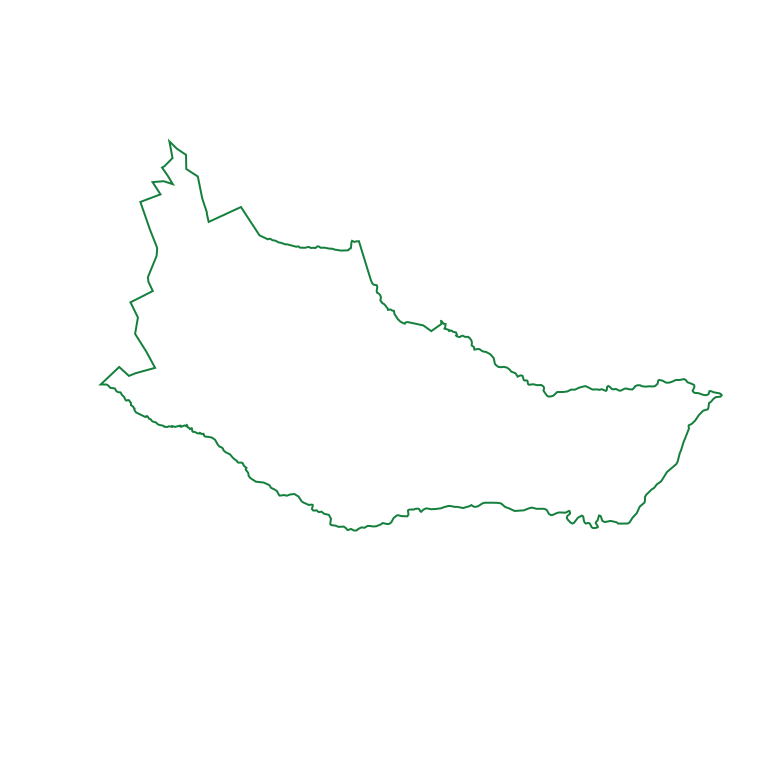 outline of Mangwe, Matabeleland South, Zimbabwe, rotated 298°
{"feature_id": "62879985B72758591248620", "entity_name": "Mangwe", "entity_type": "district", "adm_level": 2, "iso_a3": "ZWE", "parent_name": "Zimbabwe", "parent_adm1": "Matabeleland South", "projection": "natural_earth1", "projection_center": [28.025, -21.012], "detail": "fine", "context": "isolated", "style": "outline", "palette": "green", "viewbox_px": 768, "rotation_deg": 298, "n_neighbors": 0, "source": "geoboundaries", "source_scale": "gbopen_adm2", "svg_char_len": 6156}
<svg xmlns="http://www.w3.org/2000/svg" viewBox="0 0 768 768"><g transform="rotate(298 384 384)"><path d="M337.1,121.8L327.2,135.5L311.4,140.7L301.2,158.6L290.8,174.3L276.8,159.5L271.4,155.0L274.7,142.2L250.6,134.1L253.3,139.3L253.1,141.8L252.1,144.0L253.7,148.5L252.3,150.6L251.9,151.9L252.1,153.5L252.9,155.3L251.3,157.9L250.6,160.5L248.4,163.6L248.4,164.3L249.7,165.7L249.9,166.8L249.1,167.9L248.7,169.3L246.6,170.4L246.2,173.3L245.2,174.6L245.2,175.3L244.0,175.7L242.5,178.4L242.8,188.4L243.1,189.3L244.1,189.3L244.4,190.5L243.1,192.8L243.3,194.6L242.4,196.4L242.4,198.2L243.0,200.6L242.4,202.5L242.3,204.4L243.5,208.8L243.4,209.8L243.1,210.1L244.3,212.8L245.8,214.1L246.6,216.9L247.4,216.7L248.0,219.6L251.7,223.7L251.7,224.0L250.9,224.2L251.1,225.1L253.8,227.4L253.9,228.7L255.2,229.1L255.0,229.7L253.6,230.8L253.7,232.4L253.1,233.9L254.5,234.7L254.6,235.2L252.4,236.9L252.1,237.9L252.8,239.3L252.9,242.7L253.5,244.0L254.3,244.1L254.5,244.9L254.1,246.4L255.2,247.7L255.0,248.6L254.0,249.2L253.6,250.7L255.0,254.2L255.8,256.8L255.8,258.1L255.4,261.1L252.5,265.6L251.5,268.2L251.8,270.0L251.4,272.1L250.1,273.4L249.4,276.2L249.6,280.9L247.7,285.8L247.0,290.3L246.2,291.4L246.2,292.2L247.8,295.4L247.7,296.5L246.1,298.6L245.3,302.0L244.1,301.8L243.4,302.2L241.8,305.8L239.3,307.7L238.2,310.1L237.6,316.7L240.5,324.0L240.9,330.3L239.3,333.0L239.5,336.8L239.2,339.7L236.6,343.6L236.5,344.4L239.0,347.8L239.7,350.6L242.4,353.0L244.8,356.5L244.5,361.4L241.8,366.2L241.5,368.2L241.9,374.4L243.3,376.3L243.8,377.7L242.9,378.4L239.9,378.9L239.1,380.6L239.3,381.6L240.9,383.9L240.4,385.1L240.3,386.6L241.9,388.8L241.3,392.3L242.6,396.7L240.2,400.4L235.2,402.2L234.7,403.1L235.0,404.7L236.2,407.8L236.5,410.9L239.2,415.4L238.8,418.4L238.0,419.9L238.1,420.8L240.5,422.8L240.6,426.4L241.4,427.9L242.4,428.9L243.3,429.0L246.4,431.0L247.2,432.3L247.9,434.3L250.8,436.0L252.1,438.4L252.9,440.9L254.7,443.9L258.5,447.1L260.6,448.1L261.9,452.7L262.9,454.2L265.3,455.4L270.2,455.4L274.0,457.1L274.8,458.1L275.5,461.3L278.1,466.7L280.2,466.9L283.6,464.5L285.0,465.3L287.2,469.3L288.6,470.4L289.9,472.5L290.0,473.9L288.6,475.9L288.7,476.9L291.2,477.6L293.6,479.2L294.4,480.6L295.5,484.3L298.1,488.6L301.2,492.9L303.6,494.9L306.6,498.2L307.6,500.3L308.6,503.9L309.9,506.3L311.6,512.0L316.2,516.8L318.1,518.0L317.8,520.8L318.7,522.8L320.4,524.5L325.1,527.2L326.6,528.9L332.2,539.6L333.5,543.3L332.3,548.9L332.9,552.7L333.2,558.9L338.1,566.8L342.4,570.4L344.3,572.6L345.5,577.4L349.0,584.0L349.2,586.4L348.7,587.6L346.7,590.6L346.6,593.0L347.9,594.7L351.5,597.4L352.9,599.1L355.6,604.7L358.9,607.0L358.9,607.4L357.8,608.6L357.0,609.1L353.3,607.8L351.5,608.3L350.4,610.2L349.2,613.9L349.3,616.0L350.6,616.9L357.0,618.0L360.7,620.5L360.5,622.1L357.3,624.6L355.9,626.1L355.6,627.8L357.2,629.6L357.5,631.0L355.1,634.6L354.9,635.7L355.2,636.8L356.8,639.1L358.1,640.0L358.6,639.7L360.6,636.2L362.0,636.1L363.9,636.6L368.8,635.6L369.1,636.9L368.7,637.9L365.8,640.8L365.6,642.4L365.9,644.0L369.5,648.3L371.1,654.3L370.7,656.4L375.3,664.8L377.1,665.8L382.4,666.2L388.6,667.8L395.9,667.4L401.4,669.6L403.2,669.3L406.8,667.5L409.1,667.5L416.7,669.9L419.1,671.3L423.5,672.0L428.1,674.4L439.2,675.2L450.5,679.7L453.3,679.7L461.9,677.6L464.9,677.4L472.5,675.9L487.8,674.2L489.3,673.0L490.6,672.5L493.2,674.4L497.7,675.9L504.4,676.6L510.2,678.3L513.7,681.8L515.1,681.7L519.7,679.9L522.0,681.1L525.4,681.8L528.1,683.1L530.9,687.1L532.7,687.4L533.2,686.4L533.3,684.7L531.5,679.1L531.1,675.6L530.4,674.7L527.3,675.3L525.4,673.8L524.4,671.4L523.5,665.8L522.0,662.5L522.1,661.2L522.9,659.7L527.1,659.5L528.6,658.4L528.7,656.3L528.0,651.0L529.2,648.8L529.2,646.6L526.3,643.1L524.6,639.9L520.5,636.6L518.7,634.6L517.6,632.3L517.7,628.2L516.8,625.2L515.9,624.5L512.7,625.4L509.5,624.4L507.9,622.4L506.6,619.4L504.3,615.9L503.1,612.7L503.1,610.7L501.9,608.4L500.0,606.8L497.5,606.5L495.7,605.8L494.5,603.1L493.8,600.2L492.8,598.6L489.1,596.0L488.6,594.7L488.5,591.0L487.2,589.5L486.5,587.7L487.5,584.7L487.5,582.9L486.0,582.4L483.4,583.5L482.1,583.2L481.6,578.6L479.9,576.8L479.2,574.5L477.0,570.7L476.8,563.5L476.5,562.5L472.7,558.3L468.5,555.1L466.9,551.8L463.6,549.5L461.4,546.5L458.2,540.7L453.1,539.0L450.9,536.6L450.1,534.9L450.3,533.2L452.9,528.0L455.3,527.4L456.5,526.2L456.9,524.6L456.8,523.0L455.0,520.1L453.9,516.0L451.4,512.4L451.6,511.2L454.1,509.2L454.2,508.5L453.1,506.5L453.2,505.5L456.2,502.5L456.0,501.3L455.5,500.3L453.2,498.5L455.0,495.6L455.2,494.7L454.7,490.4L455.8,487.9L456.2,484.7L455.4,481.8L453.7,479.3L452.8,477.0L453.4,473.4L454.1,472.3L458.5,468.5L460.2,463.9L460.2,459.1L459.1,455.6L459.6,452.0L459.0,450.5L456.8,447.6L458.8,446.1L459.2,443.3L462.0,442.1L463.6,440.5L465.0,437.7L464.8,437.1L465.1,436.2L463.6,433.3L463.6,430.9L462.9,429.9L460.9,428.8L460.3,426.0L460.6,424.9L461.7,425.2L463.3,423.5L462.5,420.1L462.9,418.6L462.2,417.7L462.3,416.7L461.4,416.5L462.1,415.0L461.3,411.4L463.2,411.3L465.9,410.1L465.2,408.2L466.5,405.3L466.4,404.9L463.9,406.5L452.9,400.9L454.2,391.2L449.8,375.8L448.9,374.6L448.0,374.0L447.1,374.1L446.9,373.6L446.7,370.4L447.0,368.2L448.0,365.3L450.7,360.4L453.2,358.5L452.7,356.8L452.9,354.9L451.3,352.6L452.5,351.7L453.2,349.6L453.8,348.8L454.6,346.5L454.6,344.5L455.5,343.2L455.5,342.4L456.4,341.4L459.0,340.7L460.7,338.9L461.4,336.9L461.4,335.0L462.6,333.9L466.6,332.5L467.8,331.1L466.8,328.2L467.4,326.4L469.4,323.8L498.3,294.8L496.8,292.4L495.5,291.1L495.4,288.6L493.6,288.8L488.8,290.9L488.0,290.9L487.4,290.1L485.5,289.7L484.9,289.1L481.6,283.4L479.5,277.2L479.1,274.7L477.7,271.8L476.5,267.6L474.6,264.2L474.8,261.6L474.0,260.4L471.8,259.6L471.3,258.0L469.8,255.6L469.7,253.2L467.0,250.0L465.0,245.9L465.3,243.8L464.0,242.1L461.9,233.0L461.0,231.4L460.3,226.8L459.5,224.2L459.6,221.0L458.6,217.9L458.8,215.7L458.3,214.3L457.2,213.5L456.8,204.3L473.1,174.6L444.8,153.1L451.2,147.6L452.4,147.0L462.4,136.5L479.8,122.2L481.0,108.5L493.4,101.6L494.5,90.7L497.5,80.6L484.2,91.2L473.2,87.9L470.9,86.4L466.3,95.4L461.3,103.7L459.6,94.2L453.6,84.9L446.5,97.6L430.4,83.4L410.6,104.7L398.5,118.9L396.8,120.3L390.5,123.0L389.1,123.2L367.4,125.4L363.7,128.0L357.5,136.2L337.1,121.8Z" fill="none" stroke="#15803d" stroke-width="2"/></g></svg>